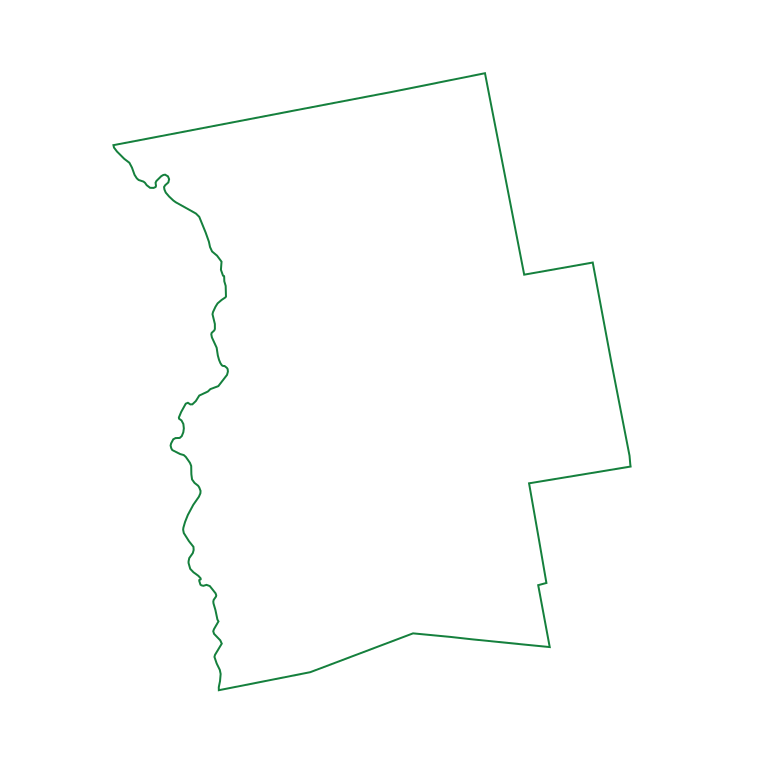 Windham, Vermont, United States of America (Mercator projection), rotated 167°
{"feature_id": "52423323B2511363637596", "entity_name": "Windham", "entity_type": "district", "adm_level": 2, "iso_a3": "USA", "parent_name": "United States of America", "parent_adm1": "Vermont", "projection": "mercator", "projection_center": [-72.531, 42.995], "detail": "fine", "context": "isolated", "style": "outline", "palette": "green", "viewbox_px": 768, "rotation_deg": 167, "n_neighbors": 0, "source": "geoboundaries", "source_scale": "gbopen_adm2", "svg_char_len": 2324}
<svg xmlns="http://www.w3.org/2000/svg" viewBox="0 0 768 768"><g transform="rotate(167 384 384)"><path d="M593.9,677.6L593.9,675.1L591.9,670.6L586.5,661.9L582.3,656.8L580.9,651.5L580.0,643.9L578.6,640.0L577.2,638.0L572.8,635.3L571.6,633.8L570.5,631.1L567.8,627.8L564.4,626.9L562.3,627.3L561.6,628.3L561.3,631.5L560.1,633.0L554.3,636.6L552.0,637.3L550.2,637.2L547.8,634.9L547.3,631.9L548.8,628.9L552.5,626.9L554.0,625.4L554.2,622.9L553.6,619.6L551.2,615.0L548.0,610.2L546.0,607.9L528.9,592.4L526.4,588.4L523.7,571.6L522.6,562.0L522.7,556.6L521.7,551.8L517.8,546.6L515.3,540.9L514.8,539.7L517.2,532.0L516.5,525.8L515.7,525.3L515.6,524.5L516.5,520.0L516.2,515.2L518.3,504.8L519.0,504.1L523.4,502.4L528.0,500.0L530.8,497.2L534.4,492.6L535.4,490.6L535.3,480.5L536.4,475.7L537.3,474.4L540.4,472.6L541.1,471.3L541.2,468.1L538.9,457.0L539.5,449.2L539.3,444.6L538.7,441.1L537.8,438.7L536.8,437.8L535.3,437.4L533.5,435.1L533.0,433.7L533.3,431.2L534.9,428.2L545.9,419.2L554.3,418.1L557.3,416.3L566.6,414.3L571.2,409.7L575.3,407.3L577.3,407.7L579.3,409.8L581.6,409.4L587.9,402.4L591.4,397.5L591.5,396.3L589.5,394.0L588.5,390.2L589.0,385.8L590.4,382.1L592.8,378.7L595.2,377.4L599.3,378.2L601.8,377.5L604.8,374.0L605.8,372.0L605.7,369.0L605.1,367.2L598.4,361.6L595.1,359.8L593.5,357.5L590.8,350.8L590.3,347.5L592.0,339.4L592.5,334.2L590.9,330.3L588.0,326.7L587.3,324.8L586.8,321.1L587.5,318.8L589.7,315.8L597.0,309.2L604.6,300.5L608.9,294.3L611.8,289.1L612.5,287.2L612.6,283.8L609.4,274.7L606.3,268.2L606.8,265.1L608.3,262.3L612.9,258.2L614.3,255.2L614.7,253.6L614.4,247.5L612.0,243.4L610.4,241.6L608.0,238.8L606.4,235.9L606.6,234.9L608.1,234.5L608.3,233.7L608.0,229.8L607.2,228.9L605.4,228.0L602.1,228.2L599.2,226.3L595.2,217.9L595.0,215.8L595.5,214.7L598.5,212.0L599.3,210.3L599.5,208.5L599.1,201.7L599.3,192.0L598.7,189.9L604.8,183.4L606.0,181.5L605.8,178.8L601.2,171.1L600.5,167.5L609.6,158.1L610.6,156.2L609.9,149.3L608.3,142.4L608.4,138.2L610.6,131.4L613.2,125.7L613.8,122.8L520.7,119.8L411.8,134.5L376.1,122.6L355.6,115.4L304.6,98.1L281.7,90.4L279.0,153.3L270.5,153.6L268.1,196.3L265.0,254.6L162.3,248.1L162.1,250.4L160.9,258.9L157.6,353.7L153.3,455.4L222.8,459.0L219.1,565.0L216.8,633.0L215.7,664.1L253.8,665.2L312.8,666.9L327.3,667.5L411.4,670.7L547.3,675.8L593.9,677.6Z" fill="none" stroke="#15803d" stroke-width="2"/></g></svg>